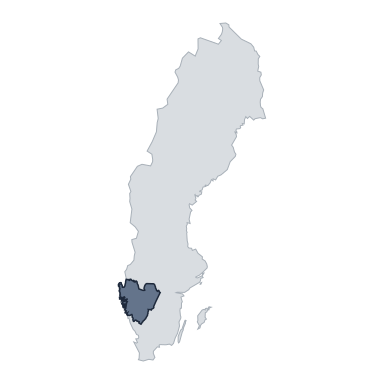 location of Västra Götaland within Sweden
{"feature_id": "SWE-3428", "entity_name": "Västra Götaland", "entity_type": "County", "adm_level": 1, "iso_a3": "SWE", "parent_name": "Sweden", "parent_adm1": "", "projection": "mercator", "projection_center": [12.229, 58.206], "detail": "fine", "context": "in_parent", "style": "filled", "palette": "slate", "viewbox_px": 384, "rotation_deg": 0, "n_neighbors": 0, "source": "natural_earth", "source_scale": "10m", "svg_char_len": 9217}
<svg xmlns="http://www.w3.org/2000/svg" viewBox="0 0 384 384"><path d="M121.5,284.0L122.5,286.8L124.4,286.4L125.2,284.4L126.2,278.4L124.8,271.7L126.6,269.4L127.7,265.6L130.3,264.5L133.9,260.2L134.3,255.7L135.1,252.3L132.0,242.2L131.8,239.6L136.4,238.3L138.4,231.4L135.2,226.9L130.2,222.7L131.9,209.1L129.7,201.6L130.0,198.4L129.7,193.5L130.9,191.5L128.4,184.3L130.8,179.2L130.4,176.6L137.4,166.3L142.0,164.3L150.6,165.9L152.6,161.8L152.7,159.5L151.9,154.2L147.1,151.1L152.3,141.5L156.4,131.9L157.2,122.6L158.2,118.5L157.1,109.2L162.7,108.1L167.8,104.3L167.1,99.1L178.1,82.9L178.5,80.0L177.7,77.2L175.0,72.1L175.8,69.8L178.7,68.4L180.2,66.1L182.4,58.2L188.5,51.9L195.2,56.1L198.1,48.9L198.0,38.9L200.4,37.8L218.4,44.2L221.4,40.5L218.4,38.5L221.4,34.4L222.3,31.9L222.7,28.9L222.5,27.4L220.0,23.5L225.8,23.0L228.8,24.8L229.1,27.1L241.3,39.1L250.9,43.8L253.7,47.2L254.6,50.9L256.2,51.1L257.9,54.5L259.8,56.4L258.3,58.8L258.2,64.1L258.7,66.5L257.7,71.1L260.9,72.2L261.3,74.9L259.7,77.7L259.8,80.8L263.7,90.0L262.7,92.9L262.4,96.6L260.5,99.3L260.2,102.2L260.5,105.8L261.1,107.5L262.8,108.7L265.6,118.2L262.6,118.8L260.4,117.6L255.1,118.7L253.7,120.1L249.7,116.4L247.4,118.5L245.8,116.6L244.5,119.7L244.2,123.9L242.3,123.5L243.0,125.1L240.4,125.7L240.2,126.3L240.7,127.4L239.9,128.6L236.4,129.0L235.9,130.4L236.9,132.0L236.9,133.0L234.6,131.5L236.2,134.5L236.5,136.7L231.6,145.1L233.2,147.3L234.5,152.1L235.9,154.2L235.3,156.4L230.2,161.7L227.3,169.6L221.0,174.9L217.8,176.2L215.6,179.9L213.1,178.8L213.0,180.9L211.4,179.6L210.1,182.9L207.8,185.6L205.4,185.1L205.1,185.6L205.9,186.4L203.0,187.1L202.1,190.0L200.0,190.8L199.7,191.6L201.8,191.8L201.4,194.1L199.0,195.3L198.1,196.8L197.0,196.7L197.2,195.6L195.6,195.7L195.1,194.4L194.8,194.7L195.9,198.5L195.1,200.0L196.6,201.4L192.2,205.1L189.5,203.7L189.1,204.8L189.7,207.9L192.0,210.4L190.6,212.0L189.1,219.2L190.1,223.5L187.1,222.6L187.3,224.2L186.3,226.1L186.7,228.9L186.4,230.7L187.1,232.4L186.7,233.1L187.2,240.8L188.0,244.0L187.7,246.6L188.9,248.0L191.6,248.3L192.3,250.4L195.7,249.1L198.0,253.3L202.4,256.8L202.2,259.1L205.0,260.8L206.7,263.9L207.3,266.5L207.1,268.0L202.7,272.3L199.3,275.2L195.8,276.9L195.9,277.6L197.7,277.9L201.9,275.8L203.1,277.6L200.8,278.4L200.4,280.9L199.4,282.4L190.0,287.9L188.8,289.6L184.6,292.4L177.1,292.2L176.0,292.7L182.5,293.9L184.0,295.9L180.9,297.1L182.3,301.8L181.5,303.0L181.4,308.2L180.3,308.3L179.9,310.4L180.4,315.6L180.9,317.0L180.7,318.5L179.0,321.9L179.5,326.0L177.5,333.4L175.3,337.7L173.5,343.4L171.6,345.4L169.4,344.1L166.0,344.8L159.8,344.6L159.1,345.2L159.5,347.2L157.3,346.9L153.4,351.2L153.3,353.3L154.9,357.4L153.0,360.0L148.8,359.3L143.3,361.0L138.4,359.7L139.1,358.3L139.4,352.9L133.8,342.0L136.4,343.1L137.5,342.5L135.8,338.9L138.1,338.7L138.8,337.4L138.4,335.3L136.5,334.4L134.9,331.1L133.2,329.4L130.1,322.7L129.0,318.1L128.0,318.5L127.1,313.2L125.4,312.4L125.1,307.0L123.3,306.4L122.2,303.9L122.0,299.1L120.0,298.5L120.2,296.2L119.5,287.7L118.8,285.1L119.4,283.1L120.5,282.9L121.5,284.0ZM208.3,309.9L207.4,310.4L206.8,311.9L205.3,312.7L205.1,317.3L206.4,319.1L205.0,319.9L204.1,322.4L201.5,324.0L200.5,325.6L200.0,327.9L197.8,329.1L199.4,325.7L197.3,321.8L197.9,320.4L197.7,315.8L202.2,310.0L204.3,309.3L205.2,310.0L205.6,308.5L206.3,308.2L208.3,309.9ZM179.5,342.0L178.5,342.9L178.1,341.6L178.2,336.3L180.7,330.0L181.8,329.5L184.8,320.8L185.2,320.2L186.2,320.8L185.4,321.6L185.5,323.1L183.6,327.7L183.0,330.7L182.4,331.5L179.5,342.0ZM209.2,308.1L209.0,309.4L207.9,308.3L209.0,306.8L211.2,307.2L209.2,308.1ZM204.0,273.0L202.6,275.2L202.3,274.3L202.6,273.2L204.0,273.0ZM200.9,284.2L200.1,284.3L200.6,282.9L201.6,282.5L200.9,284.2Z" fill="#d9dde1" stroke="#a8b0b8" stroke-width="1"/><path d="M123.3,287.3L124.1,287.2L124.6,286.6L125.0,285.4L125.2,284.3L125.4,283.4L125.6,282.8L125.6,281.7L125.9,280.4L126.0,280.0L126.2,279.7L126.3,279.3L127.3,279.7L127.6,279.6L127.9,279.4L128.0,279.4L128.2,279.5L129.2,280.4L129.4,280.4L129.5,280.4L129.6,280.2L129.6,279.9L129.7,279.5L129.9,279.3L130.5,279.2L130.9,279.3L131.1,279.4L131.3,280.1L131.5,280.2L132.1,280.5L132.4,280.7L132.6,280.7L133.5,280.4L133.8,280.5L133.7,280.7L133.3,280.7L133.2,280.8L133.1,281.0L133.7,281.5L133.9,281.7L134.1,281.7L134.4,281.6L134.6,281.5L134.9,282.0L135.0,282.1L135.3,281.8L135.6,281.4L135.9,281.0L136.2,281.0L136.4,281.1L136.6,281.4L136.8,281.6L137.0,281.8L137.1,282.1L137.2,283.2L137.2,283.5L137.3,283.7L138.1,285.1L138.9,288.9L143.0,290.4L144.0,290.4L144.3,290.4L144.6,290.2L144.8,290.1L144.7,289.9L144.2,289.0L144.1,288.6L144.0,288.3L144.5,286.5L144.6,286.1L144.9,285.5L145.3,284.8L145.5,284.4L146.0,284.0L146.4,283.7L146.7,283.6L153.6,283.8L153.9,284.0L154.5,284.5L155.0,285.8L155.5,287.1L155.5,287.9L155.6,288.2L156.3,289.3L156.4,289.6L156.5,290.0L156.5,290.4L156.6,290.6L156.9,290.8L157.3,290.8L157.5,290.9L157.6,291.2L158.1,290.9L158.2,290.6L158.3,290.5L158.4,290.4L158.6,290.4L158.9,290.6L159.1,291.1L159.2,291.6L159.4,292.0L160.2,292.5L155.8,301.6L153.7,306.4L153.7,306.6L153.8,307.2L153.8,307.4L153.8,307.7L153.6,307.9L153.4,308.2L153.1,308.4L152.3,308.8L152.2,308.9L151.6,309.2L151.5,309.4L151.4,309.9L151.3,310.0L151.2,310.1L150.5,309.6L150.2,309.5L149.1,309.6L148.8,309.6L148.2,309.5L148.4,310.5L148.4,311.1L148.1,311.6L147.9,312.4L147.9,312.6L148.0,313.3L147.9,313.5L147.7,313.9L147.6,314.2L147.5,315.3L147.4,315.6L146.9,316.3L146.4,317.1L145.8,318.3L145.7,318.6L145.6,318.8L145.1,319.1L144.4,320.0L143.9,320.5L143.3,320.8L143.1,321.1L142.9,321.7L142.8,321.8L142.6,321.9L142.3,322.1L142.1,322.5L141.4,323.7L141.3,323.9L141.0,324.2L140.4,323.9L140.1,323.7L139.9,323.4L139.5,323.4L139.2,323.3L139.0,323.1L138.9,322.8L138.9,322.6L139.2,322.0L139.2,321.7L138.2,321.5L138.0,321.4L137.7,321.1L137.3,321.3L137.1,321.3L136.9,321.1L136.4,320.4L136.2,320.3L136.0,320.2L135.7,320.2L135.3,320.1L135.1,320.1L134.7,320.6L134.4,321.1L134.2,321.2L133.9,321.4L133.6,321.4L133.3,321.1L133.0,320.1L132.9,319.7L132.9,319.4L133.1,318.7L133.1,318.3L132.9,317.9L132.5,317.5L132.2,317.2L132.2,316.9L132.2,315.9L132.2,315.2L131.8,314.5L130.1,315.3L129.2,315.5L127.9,315.2L127.5,315.3L127.4,315.0L127.5,314.5L127.3,314.3L127.2,314.6L127.1,314.8L126.9,314.7L126.8,314.2L126.6,313.8L126.6,313.6L126.7,313.1L127.4,313.1L127.6,312.7L127.3,312.9L126.7,312.9L126.4,312.9L125.8,312.5L125.6,312.5L125.6,312.9L125.3,312.9L125.1,312.8L125.1,312.6L125.1,312.3L126.2,311.2L126.3,311.1L126.3,310.9L126.1,310.9L125.8,310.9L125.6,311.0L125.4,310.6L125.1,310.2L124.9,309.9L124.6,309.8L124.8,309.5L125.1,309.4L125.0,308.9L125.1,308.7L125.7,308.5L125.7,308.4L125.6,308.2L125.8,307.9L125.5,307.7L125.5,307.4L126.0,306.5L126.2,305.9L126.2,305.6L126.0,304.9L126.0,304.7L126.1,304.3L126.4,304.2L126.5,303.8L126.6,302.4L127.0,302.2L127.2,301.8L126.9,301.8L126.8,301.6L126.7,301.0L126.3,300.5L126.3,300.0L126.5,299.6L127.1,299.3L127.0,299.0L126.7,299.1L126.3,299.4L125.6,299.4L125.4,299.4L125.3,299.7L125.2,299.8L124.8,299.8L124.1,300.5L123.7,301.1L123.4,301.1L123.1,300.9L123.2,301.3L122.9,301.2L122.8,300.9L122.8,300.4L123.0,299.9L123.3,299.3L123.6,298.8L124.2,298.1L124.2,297.7L124.3,297.6L124.7,297.4L124.5,297.0L124.2,297.2L123.8,297.8L123.7,297.5L123.4,296.5L123.4,297.1L123.4,297.9L123.3,298.6L123.0,299.2L122.7,299.7L122.4,300.1L121.6,300.8L121.7,300.4L121.8,300.2L122.2,299.9L122.2,299.7L121.7,299.9L121.5,299.6L121.5,299.4L121.7,299.2L122.2,299.1L121.9,298.6L121.9,298.1L121.7,298.1L121.6,298.3L121.5,298.8L121.3,299.0L121.2,299.1L121.1,298.8L121.5,297.9L121.7,297.5L121.9,296.9L121.8,297.2L121.4,297.9L121.1,298.1L120.9,298.5L120.6,298.7L120.3,298.6L120.0,298.6L119.8,299.1L119.6,299.0L119.6,298.9L119.7,298.5L119.7,298.3L119.5,297.8L119.5,297.4L120.1,297.4L120.0,296.9L120.1,296.7L120.3,296.6L120.5,296.3L120.1,296.1L119.9,295.6L119.9,295.3L120.0,295.3L120.0,294.7L120.3,294.2L120.1,294.0L120.2,293.7L120.0,293.4L120.0,293.2L120.1,292.8L120.0,292.5L119.5,291.8L119.6,291.2L119.3,291.1L119.2,291.0L119.2,290.6L119.3,290.2L119.5,290.1L119.5,289.8L119.8,289.2L119.8,288.2L119.7,288.1L119.4,288.0L119.4,287.8L119.4,287.3L119.4,287.0L119.3,286.8L119.4,286.5L118.8,286.3L118.5,286.1L118.4,285.8L118.5,285.5L118.7,285.3L119.2,285.0L118.7,285.0L118.5,284.9L118.4,284.6L118.5,284.4L118.6,284.1L119.3,283.1L119.6,282.8L120.8,282.6L121.2,282.8L121.3,283.4L121.4,283.9L121.6,284.4L121.8,284.8L122.0,285.0L122.3,285.7L122.3,287.1L122.6,287.3L123.3,287.3ZM126.3,301.5L126.3,301.9L126.4,302.4L126.3,303.3L126.2,303.7L126.0,303.9L125.7,303.9L125.1,304.3L124.5,304.1L124.2,304.3L124.1,303.9L123.8,303.8L123.4,303.9L123.2,304.1L123.0,304.6L122.7,304.5L122.4,304.1L122.4,304.9L122.2,304.2L121.8,303.8L121.7,303.6L121.8,303.3L122.0,303.0L123.1,301.9L123.5,301.7L123.9,301.3L124.5,301.4L124.6,301.1L124.6,300.9L124.7,300.7L124.8,300.6L124.7,300.3L124.9,300.2L125.1,300.2L125.5,300.3L125.6,300.8L126.1,301.2L126.3,301.5ZM125.5,305.2L125.5,305.5L125.6,305.8L125.4,306.5L125.2,306.6L125.1,306.4L125.2,306.2L124.8,306.3L124.7,306.6L124.6,307.2L124.5,307.4L124.4,307.5L124.1,307.4L123.9,307.8L123.7,307.8L123.5,307.5L123.2,307.5L123.1,307.4L123.0,307.0L122.9,306.6L123.0,306.4L123.4,306.4L123.6,306.3L123.3,306.2L123.1,306.2L122.9,306.1L122.8,305.8L122.9,305.4L123.1,305.3L123.6,305.4L124.6,305.4L124.8,305.3L125.0,305.2L125.5,305.2Z" fill="#64748b" stroke="#1e293b" stroke-width="1.5"/></svg>